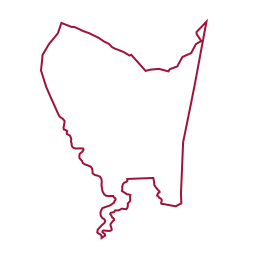 outline of Santa Cruz Acatepec, Oaxaca, Mexico, rotated 87°
{"feature_id": "50627088B90412613448643", "entity_name": "Santa Cruz Acatepec", "entity_type": "district", "adm_level": 2, "iso_a3": "MEX", "parent_name": "Mexico", "parent_adm1": "Oaxaca", "projection": "equal_earth", "projection_center": [-96.874, 18.158], "detail": "fine", "context": "isolated", "style": "outline", "palette": "rose", "viewbox_px": 256, "rotation_deg": 87, "n_neighbors": 0, "source": "geoboundaries", "source_scale": "gbopen_adm2", "svg_char_len": 2947}
<svg xmlns="http://www.w3.org/2000/svg" viewBox="0 0 256 256"><g transform="rotate(87 128 128)"><path d="M19.6,189.0L25.6,191.4L29.8,193.1L31.1,194.3L39.9,202.4L42.3,204.0L50.5,209.5L54.8,210.1L63.1,211.4L66.1,211.9L67.4,211.5L72.1,210.3L80.2,208.2L82.7,207.5L91.7,204.2L94.8,203.0L99.9,201.0L105.9,198.7L112.0,196.3L113.7,195.0L115.3,192.8L117.5,191.0L119.5,191.2L121.6,191.7L124.5,192.4L126.1,192.1L126.8,190.3L127.9,188.9L128.7,189.3L129.6,189.5L130.7,189.3L131.6,188.0L132.5,186.4L133.7,185.9L135.0,185.5L136.1,185.2L138.6,185.7L140.5,185.1L141.3,185.2L142.1,185.2L143.7,184.7L144.9,183.6L145.8,181.3L145.8,178.6L145.9,175.8L146.2,173.8L147.3,173.6L148.4,174.1L149.6,175.3L151.3,177.6L153.2,178.0L155.4,178.1L157.3,176.6L158.5,175.6L160.4,175.1L161.9,173.4L163.2,170.1L164.6,167.2L166.5,166.1L168.8,165.7L171.5,165.7L173.1,163.7L174.1,160.5L175.2,158.5L177.2,157.3L178.3,157.1L180.2,157.0L181.1,157.1L183.7,157.5L184.3,157.4L186.7,157.2L187.3,157.1L189.1,156.9L190.0,156.7L192.9,155.3L193.5,154.6L194.4,153.6L194.5,153.5L194.9,151.0L195.0,150.4L195.1,146.3L195.7,146.1L196.6,145.5L197.2,144.7L197.7,144.3L198.7,144.1L199.5,144.5L199.9,145.1L201.9,146.0L203.9,149.1L204.3,149.7L205.1,152.6L205.4,153.5L206.6,157.7L207.6,158.3L208.4,158.8L209.3,159.4L211.7,160.0L212.0,160.0L214.5,159.7L214.8,159.5L216.5,158.4L217.0,157.7L218.2,156.2L219.3,155.8L219.7,155.6L221.6,156.5L222.0,157.0L223.6,159.2L225.8,161.4L227.3,162.9L227.8,163.5L229.5,163.9L230.6,164.2L231.8,163.1L232.6,161.5L233.7,160.4L234.9,160.0L236.4,160.1L234.2,156.4L232.9,156.6L230.7,159.0L229.9,159.0L229.3,158.6L229.1,157.6L229.6,154.1L229.8,152.7L229.7,151.4L229.5,150.4L228.8,149.6L227.8,149.6L224.7,150.5L223.1,150.5L220.2,148.1L219.2,146.7L218.1,146.9L217.2,147.4L216.5,148.5L215.2,148.9L212.9,150.3L211.8,149.6L211.3,146.4L209.6,145.2L209.8,142.9L209.7,141.6L208.2,138.2L208.9,135.0L209.0,134.2L208.1,133.1L207.2,132.6L205.4,132.2L203.4,132.2L200.9,129.6L198.0,129.5L196.4,129.5L195.1,129.1L194.5,130.4L194.2,132.5L192.6,134.5L190.5,137.4L188.7,136.9L186.4,136.9L183.8,136.0L182.2,134.3L181.8,132.5L180.7,131.4L178.9,131.4L178.9,127.4L179.2,107.6L179.2,105.4L182.6,104.8L186.3,104.7L187.2,104.2L187.8,103.9L189.6,102.6L191.4,101.3L193.1,99.8L193.8,99.8L194.7,101.4L195.7,101.9L196.2,102.2L196.9,102.5L198.1,101.2L198.9,100.7L199.3,100.5L200.4,98.6L201.7,98.1L203.0,98.3L204.4,98.9L205.5,98.5L205.9,96.0L206.3,94.4L208.7,84.5L206.3,79.3L206.0,78.7L199.8,78.6L196.9,78.6L145.1,73.7L118.8,66.9L112.6,65.3L88.7,59.2L25.9,44.1L35.8,54.6L37.9,54.5L45.0,50.3L47.8,55.8L56.5,61.0L59.9,69.9L65.7,73.6L69.0,75.4L71.5,83.3L73.6,84.7L70.6,93.7L70.8,100.9L70.9,102.5L71.6,106.0L71.9,107.4L67.8,110.7L55.1,120.9L55.7,122.7L55.3,123.3L51.9,128.4L49.6,133.3L48.3,136.4L48.0,137.1L46.1,140.1L45.5,140.4L43.0,142.6L41.0,146.2L40.8,146.8L40.6,147.1L40.0,147.9L36.5,152.5L31.4,161.6L28.6,168.2L26.4,172.1L24.3,176.2L24.1,179.1L19.6,189.0Z" fill="none" stroke="#9f1239" stroke-width="2"/></g></svg>